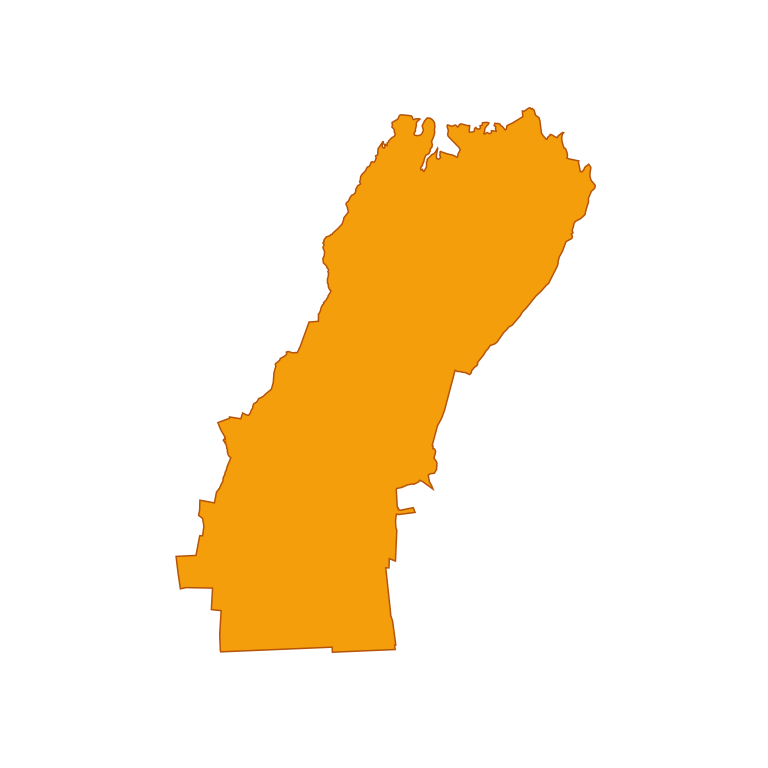 outline of Breaza, Buzau, Romania, rotated 27°
{"feature_id": "2599482B77763145054597", "entity_name": "Breaza", "entity_type": "district", "adm_level": 2, "iso_a3": "ROU", "parent_name": "Romania", "parent_adm1": "Buzau", "projection": "equal_earth", "projection_center": [26.528, 45.111], "detail": "fine", "context": "isolated", "style": "filled", "palette": "amber", "viewbox_px": 768, "rotation_deg": 27, "n_neighbors": 0, "source": "geoboundaries", "source_scale": "gbopen_adm2", "svg_char_len": 6124}
<svg xmlns="http://www.w3.org/2000/svg" viewBox="0 0 768 768"><g transform="rotate(27 384 384)"><path d="M514.5,615.5L512.0,611.9L513.0,611.2L499.4,591.5L494.2,586.2L494.2,585.6L469.0,547.0L471.9,545.6L468.0,537.2L474.6,536.6L461.8,508.5L459.9,506.7L457.0,501.8L455.3,498.0L454.2,494.2L456.4,493.6L470.0,484.3L466.2,480.9L455.6,489.3L453.5,489.3L453.5,488.2L451.6,487.5L442.6,472.1L443.0,471.1L446.7,468.2L450.7,463.3L454.3,460.4L456.2,459.7L459.0,455.9L459.4,455.0L459.3,453.7L462.7,453.4L475.3,455.4L472.4,452.8L468.8,450.4L464.8,445.2L465.3,444.4L465.6,443.3L469.4,440.6L469.6,435.9L468.5,434.3L468.5,433.1L467.6,432.0L467.3,430.7L465.9,429.3L462.1,427.3L461.4,423.3L460.7,420.9L460.1,420.1L458.7,419.1L457.6,419.0L456.8,419.4L456.2,417.6L455.4,416.7L454.8,416.7L450.6,396.8L450.9,388.6L449.9,380.1L441.1,339.5L443.5,339.6L446.7,338.2L448.0,338.1L450.9,337.0L456.0,336.7L456.4,335.5L456.7,334.4L456.3,333.5L456.1,331.4L456.7,330.1L456.8,328.5L458.4,325.4L458.5,324.0L457.8,323.2L457.8,321.1L459.6,312.8L459.8,308.3L460.7,305.5L461.1,301.5L464.5,298.0L465.7,295.3L467.3,283.7L468.5,280.3L469.4,276.4L471.4,273.6L474.3,261.8L474.6,257.1L476.3,251.6L479.4,236.7L481.8,230.1L484.1,221.3L485.0,219.8L484.9,200.3L484.5,197.7L483.7,196.6L482.5,191.2L482.7,184.4L481.6,175.1L482.0,173.8L484.9,169.6L485.3,168.3L484.7,166.7L482.8,165.4L483.7,163.9L483.5,163.1L482.3,162.2L481.8,161.3L481.2,157.2L480.4,154.8L480.8,152.1L484.2,147.3L486.2,141.7L485.1,138.0L483.6,129.1L481.8,125.6L481.3,118.2L482.7,114.4L482.8,113.5L482.0,111.1L476.5,108.7L475.1,107.6L473.2,105.4L472.0,103.1L470.2,97.5L469.3,96.6L466.6,95.3L464.8,99.0L464.5,100.4L464.8,102.3L464.2,104.8L462.5,105.6L456.7,98.3L456.3,96.8L446.4,99.5L444.3,99.6L444.0,97.7L443.4,96.5L441.6,94.3L438.8,91.8L437.4,92.0L435.6,90.4L432.9,87.5L430.9,84.7L429.8,81.8L429.6,79.9L430.0,78.6L428.9,78.8L426.6,83.7L426.5,85.8L424.6,86.1L420.2,85.8L418.8,86.2L418.8,87.3L417.9,90.0L418.0,92.1L417.5,92.3L412.9,90.5L410.3,88.8L403.3,78.5L401.1,76.3L397.0,75.7L393.7,72.1L391.0,71.2L390.6,72.1L388.6,71.6L387.5,72.7L385.1,77.4L383.3,77.9L386.3,82.8L379.9,93.3L377.0,96.9L376.3,98.3L377.3,101.3L376.6,102.6L372.7,100.9L370.1,100.6L369.5,99.8L367.0,100.2L366.5,100.7L364.4,101.3L364.8,103.8L366.6,103.8L367.4,105.8L369.2,107.9L364.7,109.5L365.5,111.0L365.4,111.9L364.9,112.7L364.2,113.1L361.7,113.1L360.2,115.6L359.4,115.7L358.9,112.8L357.9,111.0L358.2,107.6L358.7,106.5L359.1,104.3L358.8,103.7L357.0,104.1L353.1,106.5L354.0,109.1L352.3,110.2L353.4,111.8L353.6,112.8L353.3,113.4L351.0,114.5L349.4,113.7L349.0,114.0L348.8,115.7L349.8,117.9L348.2,119.5L345.8,120.8L345.1,120.1L343.1,114.9L342.2,115.0L341.8,115.7L334.5,117.2L333.4,118.8L333.5,120.5L333.0,121.6L330.6,120.8L329.7,121.0L328.9,122.2L327.1,123.7L323.1,124.2L323.0,125.2L323.4,126.1L326.1,128.7L327.6,133.1L329.0,134.3L343.5,139.2L345.6,140.7L345.6,145.9L346.5,148.3L345.8,148.9L342.3,148.7L335.4,150.3L328.7,151.2L328.6,152.0L329.3,152.8L329.8,154.8L331.7,156.5L330.6,159.0L328.8,159.2L327.6,157.9L326.5,155.4L325.0,149.8L324.7,149.5L324.5,154.4L323.6,156.7L322.7,157.5L320.5,164.2L321.3,165.6L321.1,166.8L323.3,171.4L323.1,176.5L321.6,176.2L320.9,175.3L319.6,176.4L318.8,175.4L318.4,174.2L319.1,171.9L318.7,171.3L318.5,167.9L317.5,163.9L317.5,161.7L317.7,160.7L319.1,159.0L319.4,158.2L319.4,155.5L318.8,154.4L318.6,153.2L319.2,151.7L318.4,148.7L316.3,146.5L316.0,141.3L315.0,136.8L313.3,134.2L312.6,131.7L310.1,128.0L307.3,126.6L304.3,126.2L301.7,127.4L300.7,131.1L300.8,136.7L303.8,139.8L304.0,140.4L304.1,143.7L303.8,145.2L301.3,147.5L298.4,148.4L297.1,147.3L296.9,146.5L297.3,144.7L296.3,142.6L295.5,139.1L294.6,137.4L294.2,135.7L295.8,131.7L294.7,131.7L291.7,133.5L290.2,135.0L289.3,134.7L287.9,133.2L286.4,132.7L277.3,136.2L275.9,137.5L276.0,141.8L272.4,147.4L274.0,149.6L274.4,151.5L276.7,152.2L278.2,153.2L278.5,154.5L280.1,155.7L280.8,157.3L280.6,158.9L279.2,160.9L277.8,165.3L278.2,166.5L277.4,167.7L278.5,170.0L277.6,170.3L276.1,169.8L275.6,170.2L277.2,172.1L277.0,173.7L275.3,173.8L274.2,172.6L273.9,169.5L273.4,168.4L273.0,168.6L271.9,177.2L274.3,182.5L272.9,184.6L274.4,186.1L274.8,189.6L274.6,190.6L273.8,191.2L272.4,191.3L271.9,192.2L272.2,196.6L270.9,198.0L270.5,199.6L270.8,202.0L269.1,207.9L269.1,209.9L270.3,213.2L270.4,214.8L272.3,216.3L270.5,219.5L270.5,223.7L271.2,225.0L271.6,226.6L270.7,229.3L269.6,230.3L269.1,232.6L269.3,237.0L268.2,239.9L268.6,241.2L270.8,242.9L274.2,247.0L272.8,253.9L273.7,257.3L274.0,260.6L272.4,266.3L270.0,272.6L269.9,274.0L268.8,275.1L268.5,276.5L265.8,279.1L265.2,282.2L265.3,283.9L266.1,284.5L265.5,285.8L265.9,286.5L267.3,287.0L267.7,288.0L267.4,289.0L267.7,290.3L270.9,292.9L272.5,296.8L272.6,300.0L275.0,303.6L279.5,305.1L280.5,306.3L282.4,307.1L283.1,308.4L283.0,309.5L284.3,310.4L285.5,313.6L286.0,316.3L287.5,319.1L288.0,319.9L288.9,320.3L290.4,322.8L292.8,324.7L294.2,324.9L294.6,326.0L294.2,330.9L294.6,332.6L294.2,334.2L294.4,335.5L293.2,338.9L293.9,339.5L293.2,342.1L293.4,344.8L294.1,347.7L294.2,350.4L293.8,351.4L297.1,357.9L289.1,362.8L292.3,388.6L292.5,395.5L291.3,395.9L288.6,397.7L284.4,398.4L282.6,399.6L282.5,400.0L283.3,400.7L283.6,402.3L282.3,405.1L279.9,408.5L280.3,409.3L280.1,410.6L278.1,415.2L278.1,415.7L279.6,417.4L280.8,423.8L284.7,433.1L286.0,439.9L283.4,445.7L281.8,450.3L279.0,453.9L278.8,457.8L276.9,460.7L277.1,462.9L277.9,464.9L277.6,467.8L278.0,470.3L277.6,473.3L275.4,474.0L271.2,474.0L272.2,480.0L261.3,483.5L261.9,484.7L253.5,493.8L259.1,498.7L266.9,503.8L266.6,504.3L267.7,505.4L266.5,505.9L266.3,506.5L266.6,507.4L267.4,507.7L268.8,507.3L269.2,507.5L268.9,508.7L271.1,509.8L273.3,512.9L274.6,513.8L275.0,515.3L277.4,517.9L279.1,518.9L281.0,519.2L281.7,528.5L282.6,532.7L282.5,534.7L283.4,537.3L283.2,537.9L283.3,540.5L284.5,543.5L284.5,547.8L284.8,552.0L284.3,552.7L284.3,554.2L283.8,556.3L286.9,566.9L272.7,571.1L277.0,580.1L278.4,585.2L283.5,586.2L288.1,592.6L291.3,601.6L288.8,602.7L288.9,603.6L294.3,622.1L277.0,632.0L285.9,645.3L295.6,659.0L300.0,655.3L323.9,643.7L332.6,663.4L341.8,659.9L351.3,681.7L359.0,695.5L360.1,696.8L456.6,642.4L457.3,642.1L459.8,646.4L514.5,615.5Z" fill="#f59e0b" stroke="#b45309" stroke-width="1.5"/></g></svg>